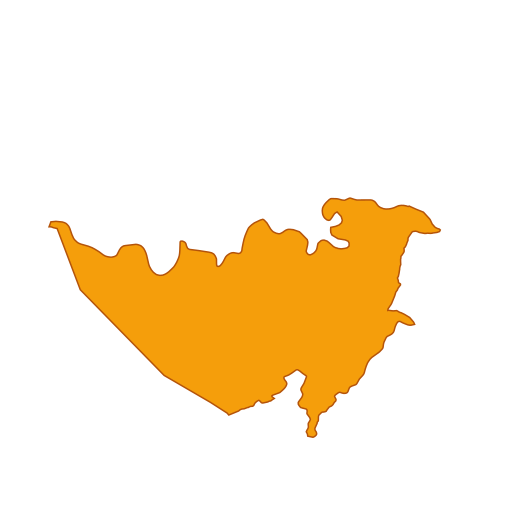 Nichula, Geylegphug, Bhutan (Natural Earth projection), rotated 45°
{"feature_id": "84629894B33123696098059", "entity_name": "Nichula", "entity_type": "district", "adm_level": 2, "iso_a3": "BTN", "parent_name": "Bhutan", "parent_adm1": "Geylegphug", "projection": "natural_earth1", "projection_center": [89.979, 26.796], "detail": "fine", "context": "isolated", "style": "filled", "palette": "amber", "viewbox_px": 512, "rotation_deg": 45, "n_neighbors": 0, "source": "geoboundaries", "source_scale": "gbopen_adm2", "svg_char_len": 6159}
<svg xmlns="http://www.w3.org/2000/svg" viewBox="0 0 512 512"><g transform="rotate(45 256 256)"><path d="M343.4,106.6L335.9,109.8L329.0,112.4L328.6,113.4L326.7,114.4L324.7,115.8L322.9,117.5L321.4,119.5L320.7,121.0L319.5,124.2L318.3,126.4L316.9,128.5L314.7,130.9L312.7,132.4L309.8,133.7L307.5,134.2L305.9,134.1L302.7,133.6L301.2,133.6L298.9,134.3L297.5,135.2L295.8,136.9L289.4,143.4L287.7,145.1L285.6,146.4L282.0,148.2L281.4,148.7L281.0,149.4L279.5,153.4L279.1,154.1L277.2,155.6L273.7,157.6L272.4,158.6L268.8,162.0L268.3,162.7L267.9,164.3L267.8,168.6L268.0,171.1L268.6,173.6L269.3,175.2L270.8,177.1L272.7,178.7L274.1,179.6L276.3,180.4L277.9,180.6L280.3,180.4L281.8,179.7L282.4,179.1L282.8,178.5L282.9,177.7L282.5,175.0L281.6,170.8L281.6,170.0L282.2,167.5L288.3,167.8L291.8,169.7L293.0,172.1L292.8,175.3L291.3,178.8L288.6,182.9L290.3,184.8L292.1,186.4L294.8,187.5L301.8,185.8L307.8,181.5L310.7,180.4L312.7,181.0L314.7,183.1L314.7,185.6L313.5,187.7L311.2,190.7L308.5,192.8L307.8,193.0L306.4,193.9L304.1,194.6L298.1,194.9L295.7,195.2L292.9,196.6L291.8,197.9L291.4,198.6L291.1,199.4L290.9,202.8L291.1,203.6L293.4,207.1L294.2,208.5L294.7,210.2L294.8,212.7L294.5,214.4L293.6,216.8L293.0,217.3L292.3,217.7L291.6,218.0L290.0,217.9L288.5,217.4L287.9,216.9L284.8,211.9L283.3,210.0L282.7,209.4L280.6,208.2L271.9,208.1L269.5,208.2L263.8,211.0L261.2,213.1L260.1,214.2L259.6,214.9L258.9,216.4L258.5,218.1L258.1,220.6L257.3,223.0L256.8,223.7L256.2,224.3L254.2,225.6L251.2,226.7L249.6,226.8L247.3,226.6L240.3,224.9L236.4,224.8L234.9,225.2L233.7,227.4L231.4,233.8L230.9,237.1L230.8,239.7L230.9,241.4L231.4,243.0L232.3,245.4L233.9,249.2L235.6,252.5L237.8,256.0L240.6,260.2L242.1,262.1L242.5,262.9L242.8,264.6L242.6,265.4L241.9,266.6L237.9,269.4L236.8,270.6L236.0,272.1L235.5,273.7L235.1,276.2L235.2,277.9L235.4,278.8L236.7,282.8L237.3,285.3L237.5,287.8L237.4,288.7L237.1,289.5L236.6,290.1L236.0,290.6L235.2,290.6L233.9,289.7L230.3,286.2L229.7,285.8L227.4,284.9L225.1,284.5L224.3,284.6L222.8,285.0L222.1,285.3L220.0,286.6L211.5,292.8L204.4,298.3L203.0,298.8L202.2,298.9L199.9,298.1L197.8,296.9L197.1,296.7L196.3,296.6L195.5,296.7L194.0,297.2L193.3,297.6L192.3,298.7L192.3,299.4L192.7,300.0L198.4,306.1L200.0,308.0L201.5,310.0L202.3,311.5L203.0,313.0L204.2,316.1L204.7,317.8L205.3,320.2L205.6,321.9L205.6,324.5L205.5,328.8L205.1,331.3L204.7,332.9L203.7,335.3L202.7,336.6L201.6,337.8L200.2,338.7L198.8,339.5L198.0,339.7L194.9,340.1L191.8,339.8L188.0,338.7L185.8,337.6L178.3,332.9L176.2,331.8L174.0,330.9L171.7,330.2L170.1,330.0L167.7,330.1L166.2,330.6L164.1,331.7L162.8,332.7L156.1,341.2L155.2,342.6L154.8,344.2L154.7,345.9L155.2,348.4L156.8,353.3L156.9,354.1L156.8,355.0L156.2,356.6L154.9,358.7L153.7,359.9L151.8,361.3L149.7,362.5L147.4,363.2L141.9,364.0L137.3,365.1L134.3,366.0L130.6,367.6L123.6,371.5L121.4,372.4L119.8,372.7L116.7,372.8L115.1,372.6L114.3,372.4L110.6,371.0L104.9,368.2L102.6,367.4L100.3,367.2L98.7,367.3L97.1,367.8L95.0,368.9L90.6,372.5L90.0,373.0L86.8,376.9L88.0,379.4L89.0,381.7L90.6,380.2L92.6,379.3L96.0,377.2L155.6,404.1L275.5,405.4L327.3,391.7L346.6,387.5L349.2,387.7L353.3,377.9L353.5,375.9L354.1,374.4L355.8,372.2L357.0,369.4L357.7,368.5L358.0,367.3L358.5,366.2L359.9,364.6L360.1,363.3L359.6,361.9L359.3,360.8L359.3,359.3L359.5,357.6L360.0,356.1L360.7,355.8L363.5,355.9L364.2,355.6L364.8,355.1L367.6,350.8L367.8,350.0L368.2,349.0L368.9,348.1L369.2,345.9L369.7,343.8L366.8,344.2L366.1,343.7L366.3,342.4L369.1,336.4L369.4,335.6L369.6,333.1L369.7,330.5L369.6,328.8L369.3,327.1L368.7,325.5L368.3,324.8L367.7,324.2L366.2,323.6L363.9,323.3L362.3,322.8L361.7,322.3L361.4,321.6L361.6,320.7L362.7,318.4L363.3,316.9L364.1,313.5L364.9,308.5L365.2,307.7L365.8,307.1L366.5,306.8L368.1,306.4L372.0,306.0L375.9,305.3L376.7,305.3L377.2,305.9L380.0,312.1L381.2,317.0L381.5,317.8L382.0,318.5L382.6,319.0L386.4,320.4L387.0,320.9L387.9,322.3L388.4,323.9L389.2,329.0L389.5,329.8L390.7,330.9L392.2,331.3L394.6,331.6L396.7,330.5L399.5,328.8L401.0,328.8L402.2,329.9L403.2,331.2L403.9,331.6L407.8,332.2L409.3,332.7L410.0,333.1L410.6,334.6L411.2,337.1L411.6,337.8L414.1,340.0L414.8,341.5L415.2,343.1L415.8,344.7L416.5,345.0L418.0,345.4L420.0,346.8L424.0,344.2L424.6,343.6L424.9,342.8L425.1,342.0L425.2,340.3L425.0,339.4L424.5,338.7L423.2,337.9L421.0,337.4L420.1,336.8L419.4,336.0L417.6,331.2L416.8,330.2L416.7,328.8L416.3,328.1L413.7,325.4L413.0,324.2L413.0,320.9L413.2,319.5L414.1,318.6L415.0,317.2L415.4,316.2L415.0,314.5L414.6,311.5L414.6,310.9L415.4,308.8L415.5,308.0L415.5,306.6L414.9,304.2L414.9,302.1L414.3,301.1L413.7,300.7L411.4,300.0L410.7,299.6L410.4,298.8L410.5,297.1L410.9,294.6L411.2,293.8L411.6,293.1L413.8,292.0L415.2,291.1L416.3,289.9L416.7,289.2L417.0,288.4L417.0,287.5L416.8,286.7L415.4,283.6L415.2,282.8L415.2,281.9L415.7,280.3L417.1,277.3L417.5,276.5L417.6,275.6L417.5,274.8L416.1,269.9L415.9,264.8L415.6,263.1L414.9,261.6L413.2,258.7L411.7,255.7L410.4,252.5L409.9,250.1L409.6,248.4L409.6,245.8L411.1,236.6L411.0,232.3L410.8,231.5L410.4,230.7L408.4,228.1L407.5,226.6L405.8,221.9L405.6,220.2L406.7,217.0L407.1,215.3L407.2,214.5L407.1,212.8L406.5,211.2L404.8,208.3L404.1,206.8L403.2,204.4L402.9,202.7L403.0,201.9L403.4,201.1L404.0,200.5L404.7,200.2L407.0,199.5L409.9,198.3L412.1,197.3L413.4,196.4L414.6,195.2L416.5,192.2L414.8,191.5L414.1,191.3L408.2,190.8L402.2,192.3L398.7,193.5L397.5,194.2L394.1,195.1L392.2,197.4L391.0,198.5L388.2,200.6L387.7,201.3L386.9,200.3L386.6,199.4L385.8,195.0L385.4,193.6L382.3,186.2L380.4,182.7L380.0,180.0L379.5,179.1L379.1,177.7L379.0,176.5L378.6,174.2L377.8,173.6L376.1,174.0L375.4,173.9L373.9,172.7L371.5,171.5L371.1,169.8L369.3,167.0L367.4,164.4L366.9,163.7L366.2,163.0L365.1,161.3L364.5,159.8L362.1,157.6L360.5,156.0L359.9,155.0L358.7,153.8L358.6,152.4L357.9,148.9L357.4,147.9L356.4,146.9L355.1,145.9L355.1,144.0L354.2,141.4L353.3,139.8L353.1,139.2L352.4,137.5L350.9,135.9L350.5,134.9L349.4,128.7L349.6,127.8L351.3,125.6L352.7,124.7L354.8,123.9L359.2,120.9L360.3,119.8L360.9,118.8L363.3,116.7L364.4,115.4L364.7,114.8L367.3,111.4L368.5,108.9L367.9,107.3L366.6,107.3L364.8,108.3L362.9,108.9L361.4,109.1L360.5,108.9L358.0,108.8L353.6,107.2L352.4,107.0L343.4,106.6Z" fill="#f59e0b" stroke="#b45309" stroke-width="1.5"/></g></svg>